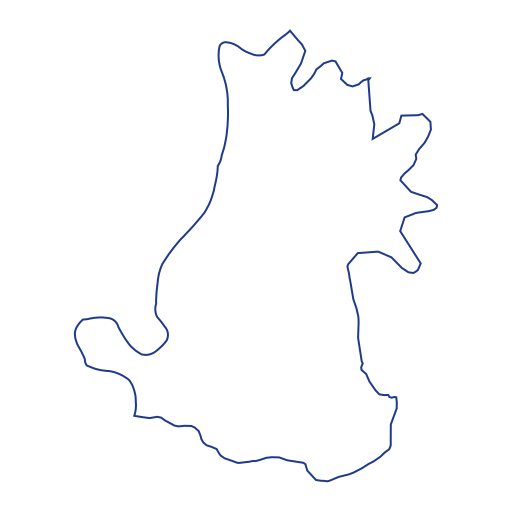 Fariskur, Dumyat, Egypt
{"feature_id": "37247803B71323814972136", "entity_name": "Fariskur", "entity_type": "district", "adm_level": 2, "iso_a3": "EGY", "parent_name": "Egypt", "parent_adm1": "Dumyat", "projection": "natural_earth1", "projection_center": [31.709, 31.31], "detail": "fine", "context": "isolated", "style": "outline", "palette": "blue", "viewbox_px": 512, "rotation_deg": 0, "n_neighbors": 0, "source": "geoboundaries", "source_scale": "gbopen_adm2", "svg_char_len": 5951}
<svg xmlns="http://www.w3.org/2000/svg" viewBox="0 0 512 512"><path d="M290.0,30.7L288.3,32.4L286.7,33.7L285.1,35.0L283.1,36.4L280.9,38.1L278.5,40.1L276.2,42.1L273.9,44.2L272.8,45.3L271.7,46.4L269.5,48.6L267.5,50.8L266.4,52.1L264.3,54.5L262.8,55.0L261.6,55.2L260.3,55.4L259.1,55.4L257.8,55.4L256.6,55.3L255.3,55.1L254.1,54.8L252.9,54.5L252.0,54.1L251.1,53.7L249.7,53.3L248.1,52.6L246.5,51.9L244.9,51.1L243.4,50.2L241.9,49.3L240.5,48.2L238.9,47.0L237.7,46.1L236.4,45.4L235.1,44.7L233.8,44.1L231.8,43.3L230.4,43.0L229.0,42.6L226.4,42.3L225.3,42.2L224.2,42.4L223.1,42.7L222.1,43.3L221.5,43.7L220.9,44.2L220.4,44.8L220.0,45.4L219.6,46.1L219.5,46.5L219.1,48.7L218.8,50.6L218.7,52.5L218.6,54.5L218.6,56.4L218.7,58.3L218.8,60.3L219.1,62.2L219.3,63.1L219.6,65.0L220.1,66.9L220.4,67.8L220.6,68.8L221.3,70.6L222.4,73.5L223.3,76.0L223.8,77.2L224.5,79.7L225.2,82.3L225.6,83.6L225.9,84.8L226.4,87.4L226.8,90.0L227.2,92.6L227.4,93.9L227.6,96.6L227.8,99.2L227.8,100.5L227.8,103.1L227.8,104.7L227.9,107.1L228.0,110.9L228.0,114.7L227.9,118.6L227.8,120.5L227.6,124.3L227.5,126.2L227.1,130.0L226.8,133.0L226.5,135.6L225.8,139.7L225.5,141.2L224.9,144.2L224.2,147.2L223.8,148.7L222.9,151.6L221.7,155.4L221.4,157.4L221.1,158.8L220.9,159.4L220.7,160.1L220.2,161.5L219.6,162.7L219.3,163.4L218.6,164.6L217.8,165.9L217.6,169.3L217.4,172.0L217.0,174.8L216.6,177.5L216.3,178.8L215.8,181.5L214.9,185.3L214.2,188.6L214.0,189.8L213.4,192.2L213.0,193.4L212.3,195.8L211.5,198.2L211.1,199.4L210.2,201.7L209.7,202.9L209.2,204.0L208.1,206.2L206.9,208.4L206.3,209.5L204.5,212.6L201.3,216.6L199.6,218.6L196.1,222.7L193.7,225.5L190.9,228.6L187.3,232.4L183.7,236.3L180.7,239.3L179.9,240.2L178.6,241.7L176.1,244.7L173.6,247.8L171.2,251.0L168.8,254.2L166.6,257.5L164.4,260.8L162.4,263.9L161.7,265.5L160.9,267.5L160.2,269.5L159.6,271.5L159.3,272.5L158.8,274.6L158.6,275.7L158.2,277.8L157.9,279.9L157.8,280.9L157.6,282.9L157.2,286.3L156.8,289.6L156.5,292.9L156.3,296.3L156.1,299.6L156.1,303.9L155.8,305.0L155.5,306.2L155.4,307.4L155.3,308.1L155.3,308.7L155.3,309.8L155.4,311.1L155.5,311.7L155.7,312.9L156.0,314.1L156.4,315.2L156.6,315.8L157.4,317.3L159.3,319.5L160.9,321.4L162.4,323.4L163.2,324.4L164.7,326.6L165.6,327.6L166.1,328.5L166.6,329.3L167.1,330.3L167.2,330.7L167.5,331.7L167.8,332.7L167.8,333.2L167.9,334.2L168.0,334.8L167.9,335.8L167.8,336.8L167.7,337.3L167.5,338.3L167.3,338.8L167.0,339.7L166.5,340.7L164.7,342.9L163.3,344.6L161.8,346.1L160.2,347.6L159.4,348.3L157.8,349.7L156.1,351.1L154.6,352.2L153.0,353.1L151.4,353.8L150.3,354.2L149.2,354.5L147.4,354.8L145.9,354.9L144.5,354.8L142.7,354.6L141.4,354.3L139.6,353.2L138.0,352.2L136.4,351.1L134.8,349.9L133.4,348.6L131.9,347.3L130.5,345.9L128.9,344.0L127.1,341.5L125.3,338.9L123.6,336.2L122.8,334.9L121.2,332.1L120.4,330.8L118.9,328.0L118.4,327.0L118.3,326.5L117.9,325.5L117.7,325.0L117.2,324.1L116.7,323.2L116.1,322.4L115.8,322.0L115.1,321.2L114.3,320.6L113.9,320.3L113.5,320.0L112.6,319.4L111.7,319.0L110.3,318.4L109.3,318.2L107.3,317.9L105.2,317.7L103.1,317.5L101.0,317.4L98.9,317.5L95.7,317.7L93.7,317.9L91.6,318.3L89.7,318.6L87.9,319.1L84.0,319.5L83.2,319.6L82.8,319.6L82.0,320.4L80.8,321.6L79.7,322.8L79.2,323.4L78.7,324.1L77.8,325.4L76.9,326.8L76.2,328.0L76.0,328.6L75.6,329.6L75.3,330.7L75.2,331.2L75.1,331.8L74.9,332.9L74.9,334.0L74.9,335.1L75.1,336.5L75.2,337.3L75.5,338.9L76.0,340.5L76.5,342.0L76.7,342.8L77.3,344.3L78.0,345.7L78.8,347.1L80.0,349.2L81.2,351.3L82.3,353.5L83.4,355.8L84.4,358.0L84.9,359.4L84.9,360.2L85.0,361.1L85.2,362.1L85.4,362.9L85.6,363.4L86.0,364.2L86.4,365.0L86.8,365.5L87.4,365.7L89.7,366.7L92.7,367.9L95.9,369.0L97.9,369.5L101.1,370.2L103.3,370.5L106.5,370.9L108.8,371.0L110.6,371.3L113.3,371.9L116.0,372.7L117.8,373.4L119.5,374.1L121.2,374.9L122.9,375.8L124.5,376.8L126.1,377.8L127.7,378.9L129.4,380.3L130.1,381.4L131.0,382.9L131.5,383.7L132.3,385.2L133.0,386.9L133.3,387.7L133.9,389.4L134.4,391.1L134.6,391.9L135.0,393.6L135.4,395.4L135.5,396.3L135.6,397.2L135.7,399.0L135.8,401.6L135.9,403.6L136.0,405.4L135.9,407.1L135.8,408.9L135.5,410.6L135.4,411.5L135.0,413.2L134.8,414.0L134.3,415.8L135.8,416.1L143.6,417.3L149.6,418.1L157.1,416.8L161.1,417.6L165.1,420.5L174.5,425.6L178.5,426.4L184.6,425.8L191.3,426.0L194.7,427.5L198.7,431.1L200.6,436.0L201.3,438.9L203.2,442.4L206.6,445.3L211.3,446.8L216.6,449.0L218.6,452.6L220.6,455.5L224.6,458.3L231.3,460.6L237.3,462.8L239.3,462.9L249.5,461.7L252.9,461.0L255.5,461.1L260.3,459.8L266.4,457.8L271.8,457.2L279.2,457.4L287.3,460.3L303.4,462.8L305.4,464.2L307.3,470.6L316.0,480.0L321.3,480.8L323.4,480.8L327.2,481.3L329.6,480.7L338.7,476.9L349.1,474.3L353.5,472.6L362.0,468.2L368.7,463.9L373.6,461.4L380.4,456.7L385.0,452.3L388.2,450.0L389.3,449.1L390.7,445.6L390.8,424.5L396.7,408.4L396.8,402.8L396.3,397.3L394.3,397.0L391.5,397.7L389.5,397.0L388.2,394.9L384.0,395.1L379.3,394.3L375.5,390.3L369.3,381.3L366.2,374.0L361.5,369.9L361.2,367.3L362.7,363.3L361.7,361.2L358.3,339.3L358.1,337.5L358.6,322.4L358.5,318.8L358.2,315.9L356.4,308.1L353.3,299.1L350.2,280.7L349.6,278.1L349.0,273.4L347.4,266.6L348.2,264.2L357.8,253.1L377.4,251.7L378.3,251.7L391.4,257.3L402.0,268.1L403.6,269.1L408.3,272.2L409.0,272.4L413.4,273.0L416.3,271.3L418.1,269.6L420.7,263.4L400.2,231.1L404.6,217.4L412.9,214.2L415.5,213.1L418.1,212.6L428.5,211.2L433.7,209.9L436.6,207.7L437.1,205.1L431.8,200.0L427.1,197.1L417.7,194.1L411.0,191.8L400.4,180.3L401.1,177.5L404.6,173.4L408.0,170.6L413.5,165.1L416.3,158.9L415.7,154.6L419.1,149.1L424.6,142.8L428.1,136.6L430.9,129.6L430.4,121.8L422.4,113.9L418.3,115.2L401.4,115.6L399.3,123.3L372.7,138.9L374.3,124.2L372.4,115.7L370.5,110.7L368.3,80.4L369.8,78.3L368.3,78.3L366.2,79.6L363.5,80.3L360.8,82.3L358.7,84.4L352.6,86.4L347.3,84.9L341.9,79.8L341.0,79.0L342.3,72.9L335.5,61.4L332.1,60.6L324.0,63.2L319.9,66.7L316.4,69.4L314.3,73.6L310.9,78.5L303.3,86.1L297.2,90.2L293.8,90.1L292.5,87.2L291.2,83.0L292.0,78.1L294.8,73.9L301.0,63.5L305.3,50.9L302.0,44.5L298.0,40.2L290.9,31.8L290.0,30.7Z" fill="none" stroke="#1e3a8a" stroke-width="2"/></svg>